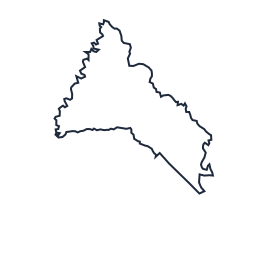 Arvorezinha, Rio Grande do Sul, Brazil, rotated 49°
{"feature_id": "56859067B39750308263867", "entity_name": "Arvorezinha", "entity_type": "district", "adm_level": 2, "iso_a3": "BRA", "parent_name": "Brazil", "parent_adm1": "Rio Grande do Sul", "projection": "albers", "projection_center": [-52.195, -28.889], "detail": "fine", "context": "isolated", "style": "outline", "palette": "slate", "viewbox_px": 256, "rotation_deg": 49, "n_neighbors": 0, "source": "geoboundaries", "source_scale": "gbopen_adm2", "svg_char_len": 2226}
<svg xmlns="http://www.w3.org/2000/svg" viewBox="0 0 256 256"><g transform="rotate(49 128 128)"><path d="M224.3,117.1L225.8,111.8L220.8,111.8L215.7,110.1L210.0,104.4L214.0,101.6L217.0,97.6L219.6,95.1L216.8,93.6L213.1,92.7L208.8,90.4L208.9,92.4L211.2,96.0L208.1,98.2L206.3,98.1L203.6,97.0L202.2,94.9L200.3,89.5L197.6,85.5L192.6,84.8L191.1,83.5L189.8,81.8L189.5,79.7L193.6,78.6L192.8,76.6L190.2,75.4L191.6,72.9L187.9,70.0L186.1,70.7L181.7,71.4L178.8,71.2L173.5,72.8L170.2,72.8L167.7,71.5L164.4,74.1L161.7,73.8L159.2,72.5L156.1,71.3L154.1,73.5L151.4,71.9L150.0,69.6L146.8,68.9L147.6,71.3L144.7,72.0L143.3,75.6L141.0,73.1L139.9,74.8L137.2,74.8L134.7,74.6L131.7,74.8L129.5,75.8L126.6,80.0L126.1,82.6L122.1,80.7L119.5,82.8L117.0,81.3L114.4,82.0L110.8,80.1L107.5,81.5L105.4,78.7L104.7,76.1L102.6,74.2L100.1,72.6L96.0,72.6L89.9,74.6L86.7,77.6L84.8,83.1L81.9,86.2L75.4,82.5L73.2,77.6L71.4,77.0L69.3,73.2L66.0,71.6L61.0,75.4L58.0,75.4L54.1,72.6L49.0,70.5L45.6,71.2L44.2,73.0L41.2,73.7L37.7,73.7L35.2,73.0L30.9,75.5L32.5,77.0L33.4,78.8L30.2,81.0L32.2,82.3L34.2,82.0L34.6,84.1L37.7,86.4L40.5,85.9L42.2,86.5L41.0,94.0L44.7,95.3L44.0,97.4L41.3,97.6L40.3,99.8L43.5,100.4L45.3,101.9L49.7,98.7L49.8,102.1L47.4,103.7L44.3,103.8L45.8,106.7L42.7,110.3L46.5,109.4L50.8,113.2L48.7,113.5L47.3,117.0L48.4,118.6L53.9,120.4L53.2,126.6L56.4,127.6L59.4,126.0L61.1,126.7L59.9,130.9L55.0,133.0L61.2,135.9L59.5,139.1L60.1,144.2L61.3,145.6L65.7,147.8L69.0,150.9L68.7,153.2L65.2,155.0L64.3,157.1L66.0,158.1L71.5,159.4L70.9,162.1L68.5,162.4L68.2,164.6L68.1,167.6L70.6,168.4L73.9,171.5L72.1,175.3L72.7,177.2L75.2,177.0L78.7,180.2L81.4,178.9L83.0,181.4L81.6,183.5L84.3,185.1L87.1,182.9L87.7,185.3L84.6,187.1L89.6,186.7L91.8,183.3L91.9,179.6L90.6,177.1L92.2,174.7L93.8,172.1L96.0,169.8L98.2,169.0L99.2,166.0L100.8,163.5L101.7,159.9L103.8,157.5L106.2,156.1L106.1,154.1L109.3,152.9L110.9,149.8L114.1,147.3L115.4,145.3L116.8,143.8L117.2,141.5L119.7,139.6L120.3,135.8L127.6,129.7L129.4,126.3L131.3,126.4L133.8,128.6L136.7,128.2L140.2,130.4L144.5,129.1L146.0,128.0L147.5,129.3L152.9,126.4L154.5,125.1L159.3,123.7L161.6,124.4L164.1,124.8L166.7,124.4L167.9,126.0L167.7,120.5L181.8,120.3L210.0,118.0L224.3,117.1Z" fill="none" stroke="#1e293b" stroke-width="2"/></g></svg>